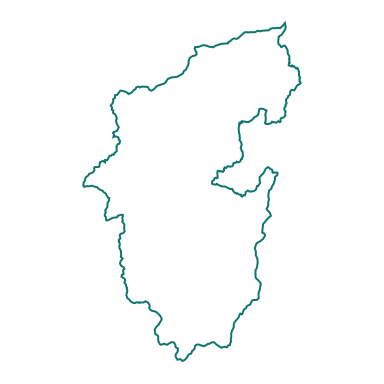 Samana, Caldas, Colombia (Albers equal-area conic projection)
{"feature_id": "7082276B26137922991346", "entity_name": "Samana", "entity_type": "district", "adm_level": 2, "iso_a3": "COL", "parent_name": "Colombia", "parent_adm1": "Caldas", "projection": "albers", "projection_center": [-74.983, 5.535], "detail": "fine", "context": "isolated", "style": "outline", "palette": "teal", "viewbox_px": 384, "rotation_deg": 0, "n_neighbors": 0, "source": "geoboundaries", "source_scale": "gbopen_adm2", "svg_char_len": 5975}
<svg xmlns="http://www.w3.org/2000/svg" viewBox="0 0 384 384"><path d="M216.8,344.8L221.4,347.7L224.3,346.7L226.9,347.3L227.9,345.6L230.0,345.0L230.3,342.8L231.1,341.4L230.7,339.4L231.3,337.1L231.2,333.4L232.0,330.7L233.7,327.5L233.8,324.2L234.5,322.3L238.4,317.7L239.9,313.9L240.4,313.6L241.6,314.3L242.2,314.1L243.9,309.5L245.8,308.4L247.2,305.9L250.1,304.5L252.0,300.6L253.2,300.0L256.7,300.0L258.7,298.2L258.5,292.9L259.7,290.1L260.8,283.4L258.4,280.4L256.1,278.3L255.5,276.9L255.5,270.4L256.9,267.7L257.7,262.6L257.3,258.5L255.8,255.2L255.8,251.2L254.7,248.2L256.7,243.2L260.0,241.4L263.1,238.9L265.0,235.7L264.5,233.7L262.2,232.6L263.1,224.1L268.2,218.1L270.9,215.8L269.7,212.5L267.4,210.2L266.6,208.6L267.8,206.8L268.3,204.9L268.1,203.0L268.9,199.7L268.3,195.0L268.9,191.5L269.3,190.3L271.5,188.6L271.6,187.1L273.7,183.7L274.9,179.8L275.0,177.1L277.3,175.0L277.6,173.1L276.7,172.5L272.7,172.7L272.3,170.2L271.7,169.5L270.0,168.9L268.6,167.2L267.3,167.5L265.8,168.7L263.7,172.9L259.6,177.1L259.7,180.9L260.2,182.9L258.8,184.7L258.4,185.9L257.0,186.1L256.2,189.0L255.1,190.4L253.5,191.2L249.8,191.7L248.5,190.7L247.6,190.7L245.7,192.1L245.1,195.2L243.7,195.2L242.2,196.6L241.4,196.2L241.8,195.4L241.2,194.7L239.0,194.6L237.1,193.2L236.7,193.7L234.7,192.7L233.2,191.0L232.3,189.0L230.2,189.0L224.6,186.4L222.1,186.4L218.5,185.1L216.7,183.8L215.9,184.7L212.4,184.1L212.0,183.3L212.2,181.2L214.1,179.9L214.5,178.3L216.0,177.8L216.8,178.2L217.0,177.7L217.7,177.6L217.3,172.4L217.7,170.9L219.2,170.9L219.8,171.5L221.1,171.1L222.8,171.9L224.1,170.4L223.8,169.1L224.6,167.5L225.8,168.2L227.8,166.2L230.1,166.7L232.1,166.3L233.4,164.7L233.3,163.5L233.9,162.9L235.8,162.7L236.6,161.6L238.1,162.4L239.1,162.1L240.7,160.8L240.8,159.4L242.1,158.9L242.2,157.1L242.8,156.7L242.9,155.9L242.6,152.6L242.5,151.5L241.7,151.0L240.7,147.5L241.8,144.4L240.9,141.8L239.4,140.0L240.0,138.4L239.5,135.9L239.7,134.6L239.0,133.1L238.7,129.3L238.7,127.4L239.4,125.8L238.9,124.4L241.0,123.2L239.8,122.7L242.1,121.1L242.9,121.8L244.2,121.4L246.2,122.1L248.6,122.0L252.4,119.7L254.0,117.6L257.6,115.4L258.3,114.3L259.3,109.1L261.3,108.6L263.4,109.0L266.5,110.5L265.3,114.4L265.8,117.9L265.6,121.4L264.9,122.7L265.7,123.9L268.5,124.1L271.5,122.9L272.0,121.7L276.1,122.7L278.5,121.2L279.7,122.1L280.2,122.0L280.7,120.8L280.5,119.1L281.0,118.2L283.9,117.3L285.4,115.5L285.1,113.5L285.6,111.6L284.5,110.1L284.4,107.6L285.7,106.2L285.6,104.3L286.6,103.6L285.9,99.8L288.0,97.3L288.2,96.0L290.1,94.7L290.1,92.0L291.2,90.1L291.6,89.8L294.4,90.3L297.0,85.7L300.7,83.3L300.4,82.2L299.4,81.4L299.7,80.4L299.4,78.7L300.2,77.7L298.9,75.5L299.1,72.1L297.5,68.0L296.3,68.6L295.7,67.7L294.4,67.2L294.0,66.1L292.3,66.4L292.5,65.9L292.0,65.4L291.0,66.1L288.7,65.4L288.9,63.6L289.7,62.9L289.1,62.2L289.6,60.2L289.0,58.9L289.5,58.0L289.2,55.7L288.1,54.4L287.7,52.7L287.5,49.8L285.1,45.8L283.4,45.7L281.6,47.2L280.9,46.8L280.1,45.2L278.6,44.3L278.1,41.4L278.9,36.4L281.8,34.6L285.3,29.3L285.7,27.0L284.9,23.0L282.6,26.0L279.9,28.2L277.4,27.7L275.3,28.2L273.4,28.1L271.1,28.5L268.8,30.3L262.0,30.7L259.8,31.4L257.9,30.7L255.0,32.2L250.1,32.1L248.3,32.5L246.0,32.1L244.3,32.5L238.1,38.2L236.4,38.9L234.1,38.4L232.8,38.9L229.6,41.6L228.5,41.9L228.1,43.3L221.1,43.9L215.4,45.8L213.3,47.3L209.1,46.7L206.6,45.6L204.4,45.3L202.4,45.4L198.5,46.9L195.1,47.1L194.7,49.0L196.6,52.7L196.5,54.5L195.2,55.5L192.7,56.0L189.6,58.1L188.6,61.0L188.6,63.9L187.7,66.2L185.5,70.1L183.9,71.0L183.0,73.4L181.3,74.5L177.1,76.8L171.3,77.5L168.0,78.8L164.8,83.3L157.1,85.9L153.7,89.4L151.5,90.7L149.4,89.9L148.3,87.7L147.5,86.9L141.7,86.6L140.1,87.5L138.6,86.6L136.2,87.4L135.4,89.2L133.8,90.0L131.8,92.4L128.5,94.1L127.3,92.7L125.0,91.6L121.3,90.6L120.2,90.8L117.2,94.8L115.1,95.1L115.0,97.9L113.1,99.2L113.2,101.8L112.8,102.9L110.7,105.6L112.1,107.5L111.8,109.7L113.3,110.5L113.0,112.8L115.1,114.3L116.7,117.4L116.8,118.9L116.0,120.1L116.2,121.6L117.0,124.3L118.8,127.2L117.1,130.9L113.8,132.0L113.0,132.9L114.0,134.5L113.4,137.1L115.4,136.3L117.6,136.9L118.6,137.8L118.8,139.7L120.1,140.9L119.4,143.7L117.7,144.1L116.4,146.7L116.8,151.1L114.3,153.4L113.7,154.8L112.4,154.5L110.7,155.9L109.6,155.9L107.2,160.2L105.1,160.0L105.0,162.3L103.0,160.9L99.9,162.3L99.4,166.3L98.7,167.0L94.9,167.1L94.1,168.0L94.4,170.1L93.5,171.9L92.1,172.9L89.2,173.8L88.4,175.3L86.1,177.1L85.1,178.9L84.9,180.9L83.7,182.2L83.3,185.4L84.2,186.9L86.9,186.1L89.6,186.3L91.6,185.7L97.5,187.5L99.3,189.4L102.6,190.7L103.1,191.7L105.6,193.4L108.0,197.6L109.2,198.0L109.1,200.3L107.6,202.7L107.4,206.9L105.2,210.5L105.8,212.4L104.9,213.9L104.7,215.9L105.7,216.8L106.3,220.3L106.8,220.5L108.7,219.9L112.7,217.8L117.1,217.3L117.8,215.9L120.6,214.8L122.8,214.9L122.9,216.0L122.2,218.1L122.8,220.2L122.3,221.8L124.1,224.0L124.4,225.7L124.1,228.9L124.7,231.4L123.0,233.3L121.2,233.6L120.4,234.2L119.7,235.4L120.4,238.5L118.6,240.1L119.1,241.1L118.8,242.0L119.7,243.0L119.8,245.2L119.3,246.1L119.5,248.2L121.0,250.9L120.8,252.6L121.2,254.9L120.8,256.8L122.6,258.4L120.5,261.4L120.0,263.7L121.0,265.5L123.7,267.4L124.4,268.9L123.1,270.3L123.6,274.1L121.9,274.8L121.5,276.7L124.4,278.7L125.2,279.9L124.5,282.8L125.9,284.4L126.1,286.2L127.2,288.0L126.7,289.4L127.3,290.5L127.2,291.6L126.3,295.0L127.5,298.3L128.8,299.1L131.1,301.9L133.8,303.0L135.1,303.1L136.4,302.3L138.9,302.5L139.2,303.0L140.2,302.4L143.5,302.5L145.5,301.3L148.2,302.7L149.7,305.4L149.3,308.0L149.9,309.3L151.9,310.8L154.9,311.4L156.9,312.4L160.2,315.9L161.6,318.3L161.5,319.7L158.8,324.4L155.9,327.4L154.6,329.9L155.4,334.0L157.5,335.3L158.2,336.4L158.2,340.9L159.9,344.2L161.1,344.8L164.2,343.7L166.9,344.8L171.2,342.2L173.8,342.4L175.3,344.6L175.5,346.8L176.4,347.7L177.9,348.4L177.7,351.6L175.7,354.5L175.6,356.6L177.4,359.7L180.4,359.1L182.4,361.0L184.8,359.9L186.8,357.7L188.8,354.4L191.2,353.5L192.2,350.9L193.5,350.1L194.6,348.3L195.3,345.5L196.5,344.7L198.5,344.5L203.5,346.2L205.3,345.7L207.6,344.0L209.7,343.7L211.3,342.6L213.8,342.1L216.8,344.8Z" fill="none" stroke="#0f766e" stroke-width="2"/></svg>